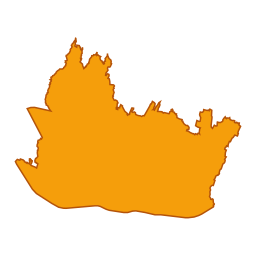 Kota Bandung, Jawa Barat, Indonesia
{"feature_id": "22746128B71762235135177", "entity_name": "Kota Bandung", "entity_type": "district", "adm_level": 2, "iso_a3": "IDN", "parent_name": "Indonesia", "parent_adm1": "Jawa Barat", "projection": "natural_earth1", "projection_center": [107.64, -6.903], "detail": "fine", "context": "isolated", "style": "filled", "palette": "amber", "viewbox_px": 256, "rotation_deg": 0, "n_neighbors": 0, "source": "geoboundaries", "source_scale": "gbopen_adm2", "svg_char_len": 5760}
<svg xmlns="http://www.w3.org/2000/svg" viewBox="0 0 256 256"><path d="M111.6,63.7L111.0,63.2L111.2,61.5L110.9,60.1L109.0,58.5L107.6,55.3L107.5,53.5L107.2,56.4L106.9,56.4L105.1,58.7L105.4,59.4L105.1,60.4L105.3,61.2L104.4,61.4L104.0,61.8L104.4,63.5L103.8,64.1L103.2,63.7L102.8,62.6L102.2,62.1L102.2,61.2L100.9,60.5L100.3,59.4L100.0,58.3L100.1,57.3L100.7,56.6L98.6,55.6L98.0,54.9L96.9,55.4L97.1,52.0L96.2,53.8L95.0,55.0L93.7,54.7L93.3,55.6L91.8,55.7L91.6,56.8L89.6,59.2L89.3,61.3L88.7,62.4L89.0,63.0L87.9,64.0L87.4,64.0L86.2,66.5L85.7,66.3L85.4,67.3L84.9,67.2L84.2,68.4L83.7,68.6L83.6,67.7L82.8,66.2L82.4,64.0L80.0,61.9L81.0,60.5L80.6,58.7L81.5,59.0L81.6,58.7L81.1,58.3L81.1,55.9L81.5,55.4L81.4,54.0L82.1,53.4L82.0,50.6L82.6,49.3L82.5,47.3L81.7,50.4L80.7,49.6L80.8,49.2L80.2,47.9L80.3,47.2L79.6,46.8L79.3,45.6L76.9,45.2L76.7,47.2L74.8,46.0L75.4,44.4L75.2,42.4L75.4,42.0L76.2,41.8L75.8,38.4L75.6,38.3L75.3,39.8L75.5,40.6L74.5,40.8L73.0,43.3L72.3,43.8L71.8,45.1L71.4,45.3L71.5,45.9L72.1,46.7L71.3,48.3L70.5,49.0L70.2,49.7L70.4,50.8L69.1,53.2L68.0,54.0L67.6,54.8L66.2,55.4L66.1,56.5L66.4,56.8L67.2,60.1L66.8,60.6L65.3,60.9L65.6,61.8L65.3,62.5L66.0,62.7L66.3,63.3L65.8,64.4L65.7,65.7L64.9,66.1L64.7,66.9L63.8,67.4L63.5,68.3L62.5,69.0L59.7,69.0L59.1,69.8L57.4,70.9L56.1,72.3L55.8,73.5L54.6,74.2L54.2,75.1L52.7,75.7L52.4,76.7L51.2,77.0L50.9,77.7L51.4,79.3L50.2,79.7L51.3,80.6L51.3,81.1L50.0,82.5L50.5,83.2L50.3,84.1L49.7,84.0L49.2,84.7L49.7,85.7L49.3,87.7L48.4,89.0L47.8,90.7L48.1,92.6L47.2,92.8L47.0,94.2L46.5,94.4L46.1,95.1L45.9,97.0L45.2,99.5L45.6,100.8L45.4,102.2L45.6,103.1L46.2,103.4L46.1,104.9L47.6,105.6L49.5,109.3L50.8,111.0L34.6,107.4L30.8,107.5L27.2,108.6L42.3,137.5L41.5,139.0L40.8,138.4L39.7,139.9L38.1,140.3L37.7,142.0L38.2,142.7L37.8,143.0L37.1,145.0L37.1,146.5L37.7,146.9L38.3,148.0L38.0,149.7L37.5,150.2L37.8,150.6L37.5,150.9L37.3,152.9L37.8,156.5L36.1,158.5L35.7,158.4L35.4,158.9L34.9,160.5L35.0,162.1L36.2,162.5L36.0,162.8L36.4,163.1L37.8,163.7L37.7,164.3L36.6,168.0L35.4,167.2L31.2,165.5L30.6,164.8L31.6,163.1L32.2,161.3L32.2,160.8L31.3,160.8L31.3,160.0L31.0,159.7L30.3,159.7L30.3,158.9L29.5,158.9L29.5,159.2L29.4,161.0L29.9,161.8L29.3,163.8L27.1,162.4L26.9,163.2L26.3,162.8L24.5,161.7L24.6,161.3L23.3,160.0L20.4,159.0L20.1,160.0L19.6,160.2L17.3,159.4L15.4,161.5L16.6,164.1L32.4,189.2L36.4,193.5L51.8,203.4L58.6,207.2L63.3,208.2L66.0,208.3L94.8,205.8L97.9,205.8L100.3,206.4L106.0,209.2L109.3,210.3L123.7,212.5L127.7,212.5L132.6,211.1L135.9,210.9L145.2,212.5L155.0,214.8L161.0,214.8L185.3,217.7L188.2,217.7L194.1,217.0L198.7,215.5L201.8,214.0L213.4,206.9L213.6,206.3L213.3,205.1L214.1,204.7L214.3,204.0L213.4,202.8L213.1,199.4L212.4,198.9L211.5,199.5L210.7,199.3L210.7,198.5L209.5,196.6L210.1,194.4L209.9,191.7L210.5,190.2L210.4,189.1L210.0,188.7L210.1,187.7L210.5,186.8L211.5,185.7L212.8,185.2L213.3,185.4L215.0,180.3L214.0,179.8L215.5,177.4L215.6,176.4L216.6,175.5L217.4,175.4L217.7,175.0L218.0,175.2L219.2,174.0L219.4,173.5L219.1,173.2L219.8,170.3L220.5,169.2L221.2,169.0L222.8,164.1L224.3,162.9L224.9,161.8L225.2,160.1L224.6,159.3L226.2,156.9L225.1,156.4L225.4,152.5L226.3,150.1L224.8,149.4L225.0,148.8L224.8,148.5L225.3,147.4L226.0,147.1L226.6,145.8L228.0,146.5L228.2,144.4L229.4,141.4L230.4,141.7L232.0,138.3L233.2,137.4L234.8,135.1L237.4,136.0L237.7,135.4L238.3,133.4L237.8,133.1L238.4,131.0L240.6,126.3L239.0,125.0L239.3,123.0L238.9,122.9L238.1,123.5L236.8,122.3L236.4,122.8L235.2,122.8L234.5,122.3L234.8,121.0L234.0,120.5L232.2,120.5L230.1,119.6L229.7,117.7L229.2,118.1L226.9,118.0L226.5,118.6L225.9,118.3L225.2,116.8L223.7,118.5L222.8,120.0L222.9,120.8L222.2,121.6L220.5,122.5L218.3,122.5L217.8,122.0L217.3,122.1L217.1,125.7L215.9,126.1L214.3,125.2L212.5,128.4L211.3,127.2L211.1,125.6L212.0,117.6L211.9,116.5L211.5,115.9L211.8,110.3L210.0,109.2L209.6,109.2L209.1,110.7L208.2,110.1L207.2,110.5L203.7,109.6L203.6,111.0L202.6,112.2L202.1,112.4L200.3,112.0L199.8,113.5L199.6,114.9L200.7,117.7L200.1,121.3L199.1,121.5L196.9,120.5L195.6,125.7L197.8,127.1L200.3,127.9L199.7,129.0L199.2,132.7L199.5,133.8L198.7,133.2L197.9,133.3L197.3,134.5L195.6,133.7L194.8,134.7L193.7,133.7L192.8,133.7L189.8,132.3L188.5,131.3L186.6,130.8L187.1,129.5L188.8,129.4L189.1,127.9L188.9,127.1L187.6,125.5L185.9,125.4L183.7,123.5L183.4,122.7L182.9,122.3L182.9,121.3L181.8,120.8L182.1,119.6L179.4,118.9L176.9,117.6L176.9,115.9L176.5,114.9L176.0,114.7L176.4,113.9L174.6,113.4L174.4,112.3L172.4,111.6L173.0,110.4L172.4,109.2L171.2,109.6L171.0,111.1L169.8,111.8L169.3,113.6L168.9,113.7L164.4,112.6L163.8,112.6L163.6,113.0L162.4,112.5L162.3,112.0L161.8,111.7L157.6,111.4L158.6,107.4L159.1,107.1L159.9,105.0L159.8,104.1L159.3,103.7L160.1,101.9L158.9,102.7L157.3,105.5L156.2,106.6L154.4,110.1L153.9,109.6L153.2,109.6L153.9,109.1L153.6,108.3L154.7,105.7L155.1,103.7L154.3,102.6L152.4,101.4L151.9,102.7L151.0,104.1L150.7,104.0L150.4,104.4L149.6,106.3L144.2,115.8L143.1,115.6L141.7,116.5L140.5,115.9L138.0,115.5L135.7,114.5L135.4,112.7L134.3,111.9L132.7,112.4L131.6,111.6L133.5,109.3L133.6,108.2L132.6,108.0L131.8,108.0L129.7,112.9L129.7,114.1L129.4,114.4L129.0,114.1L127.6,115.2L127.1,114.5L127.4,113.5L124.8,111.3L122.2,106.3L122.4,105.9L120.8,104.7L120.2,105.8L120.1,106.5L119.7,106.9L119.6,107.8L117.9,107.5L117.7,109.5L116.3,109.1L116.3,107.5L117.0,106.7L117.3,103.5L117.5,103.1L118.0,102.9L117.0,100.8L115.5,100.0L114.7,100.3L114.0,100.0L112.7,97.2L112.9,96.9L112.8,96.3L113.2,96.2L112.9,95.6L113.4,95.1L113.5,93.9L114.1,92.6L113.2,89.8L113.2,89.3L114.1,88.4L113.6,87.2L114.4,86.2L114.4,85.8L113.6,84.9L109.9,84.5L109.8,81.4L109.3,78.9L107.9,78.3L108.9,76.3L109.1,75.1L108.9,74.4L107.7,73.8L106.6,74.6L106.1,75.5L105.6,75.3L106.0,73.0L108.0,70.2L107.5,68.8L107.7,67.3L108.3,66.9L109.3,67.1L110.2,66.8L111.6,63.7Z" fill="#f59e0b" stroke="#b45309" stroke-width="1.5"/></svg>